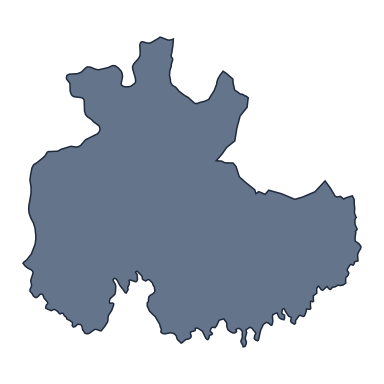 Maseru (Maseru District), Maseru, Lesotho (Equal Earth projection)
{"feature_id": "5366337B82586937750220", "entity_name": "Maseru (Maseru District)", "entity_type": "district", "adm_level": 2, "iso_a3": "LSO", "parent_name": "Lesotho", "parent_adm1": "Maseru", "projection": "equal_earth", "projection_center": [27.512, -29.345], "detail": "fine", "context": "isolated", "style": "filled", "palette": "slate", "viewbox_px": 384, "rotation_deg": 0, "n_neighbors": 0, "source": "geoboundaries", "source_scale": "gbopen_adm2", "svg_char_len": 5902}
<svg xmlns="http://www.w3.org/2000/svg" viewBox="0 0 384 384"><path d="M310.4,305.7L310.5,301.7L311.0,301.2L312.7,301.8L313.5,301.3L313.3,295.8L316.8,293.2L316.7,288.5L317.9,286.5L318.6,286.2L321.2,289.7L322.8,290.3L326.9,286.5L329.3,289.1L330.1,289.5L330.6,289.4L332.7,287.1L334.7,287.0L338.2,285.1L340.0,285.6L343.3,284.9L345.8,283.0L345.6,280.1L345.9,277.4L347.4,276.2L348.1,275.1L348.8,273.0L347.4,270.5L347.3,269.2L350.0,265.0L350.7,264.4L353.2,265.2L354.0,264.0L354.8,261.7L358.0,260.9L357.6,254.6L358.6,252.0L360.5,248.8L361.0,246.7L359.2,243.9L355.5,241.3L355.0,240.2L355.2,236.4L355.8,232.7L355.4,231.7L357.2,229.3L355.2,224.8L354.9,222.5L355.0,219.6L355.9,217.5L356.2,217.4L354.4,213.1L354.7,208.1L354.2,203.6L354.2,199.5L352.3,195.8L345.3,198.0L343.8,199.1L340.5,196.4L336.8,197.0L335.0,196.0L330.6,188.5L325.1,180.9L314.9,191.8L302.2,197.2L294.8,199.3L281.4,193.7L268.7,190.2L265.1,194.3L258.7,191.6L255.9,193.7L254.8,189.8L245.5,182.4L239.3,176.8L236.1,166.7L233.1,163.0L224.8,162.8L221.6,161.1L216.2,160.7L221.7,154.5L226.8,147.3L234.8,140.9L236.9,128.1L240.1,116.0L247.1,107.3L248.2,97.7L245.7,95.9L245.2,96.0L242.1,94.1L240.8,94.3L239.9,93.8L237.1,91.6L235.0,90.3L234.3,89.0L234.0,86.6L233.2,83.8L232.9,79.1L231.8,78.1L226.7,73.7L223.1,71.2L220.1,75.1L218.1,78.4L217.0,81.5L216.6,84.3L214.1,90.8L209.3,98.3L208.8,99.4L204.9,101.2L199.7,102.5L197.3,103.5L195.6,103.5L194.4,103.1L188.0,97.3L184.8,95.6L179.1,91.3L176.2,87.8L175.2,86.9L172.5,85.5L171.5,84.0L170.5,81.9L170.4,79.5L169.4,74.9L169.8,73.2L169.6,72.7L170.0,70.0L171.2,66.7L171.4,64.0L172.7,59.9L172.5,58.5L171.2,56.5L171.2,54.8L171.8,52.8L172.9,45.4L173.4,39.0L171.0,39.9L168.1,40.1L160.6,37.2L159.8,37.2L158.7,38.2L150.8,42.8L149.2,43.1L147.2,43.0L142.4,41.7L141.2,42.0L140.3,43.2L139.8,44.9L140.1,51.3L140.1,54.7L139.8,56.1L138.6,58.4L133.8,63.8L132.5,66.7L132.7,69.0L135.4,78.4L135.6,81.5L135.4,82.4L134.6,83.4L130.9,86.2L129.1,86.7L126.8,86.7L125.8,87.0L122.9,86.2L121.3,84.7L121.2,83.5L122.6,76.3L121.9,72.7L121.1,71.1L118.5,68.1L115.1,65.7L112.6,65.6L107.7,67.7L98.5,69.8L95.6,69.3L90.4,67.1L87.3,66.9L85.8,67.8L81.6,71.9L80.7,72.4L77.4,73.7L69.2,74.2L67.3,75.1L66.9,75.6L66.4,77.5L66.5,78.4L66.7,79.3L69.7,83.0L70.0,84.2L70.1,90.9L71.3,94.5L72.4,95.8L73.9,96.7L81.0,97.6L82.4,98.1L83.7,99.1L84.2,100.9L84.5,111.0L85.6,114.6L87.5,116.9L91.1,119.2L93.8,122.0L99.1,125.9L99.9,128.2L99.9,130.2L99.0,132.2L97.3,133.9L86.4,139.3L85.2,140.1L80.6,145.5L78.5,146.6L76.5,147.1L70.9,146.3L61.3,149.2L57.7,151.2L48.2,151.6L47.1,152.4L44.9,156.1L37.5,162.3L33.6,164.8L32.0,167.8L30.7,174.3L29.9,180.1L31.0,186.7L31.1,190.6L30.9,194.3L28.9,205.4L28.7,209.6L29.1,213.2L29.8,215.3L31.1,218.7L33.5,223.1L35.0,228.2L35.8,235.5L35.8,239.1L35.1,244.2L31.4,253.9L26.8,259.8L23.9,262.1L23.0,263.2L24.9,265.8L27.5,267.9L31.2,269.8L32.3,270.8L33.1,272.4L32.5,274.9L30.8,280.0L30.7,281.3L31.4,283.9L31.5,286.2L30.1,289.2L30.0,291.2L32.2,293.8L33.4,296.0L34.5,297.0L35.7,297.5L36.5,297.6L38.4,296.2L40.1,294.2L42.1,294.1L42.8,294.7L44.2,298.3L47.6,302.2L47.7,303.7L46.5,304.8L45.7,306.8L45.7,307.9L46.1,308.5L51.3,310.7L53.8,309.4L55.3,309.8L57.7,311.5L59.3,313.6L60.2,313.9L62.0,313.1L63.2,313.5L64.4,315.8L66.2,317.2L67.0,319.2L69.6,320.4L72.3,322.4L72.5,323.1L72.2,325.6L73.3,327.0L74.9,326.7L76.1,325.8L76.9,324.7L77.8,324.3L80.2,324.5L81.3,325.2L81.8,326.0L82.7,330.1L83.6,330.8L84.6,332.9L85.9,333.6L87.4,333.8L88.9,333.5L94.8,329.4L96.3,329.4L100.6,330.9L101.2,330.8L104.8,326.4L107.5,322.1L107.9,320.7L108.1,317.1L108.5,315.3L111.7,310.5L113.7,304.8L113.6,303.5L112.3,303.0L109.9,303.3L109.4,301.7L109.9,298.9L114.9,294.3L115.5,291.2L115.8,286.2L115.3,284.2L113.3,280.9L113.1,280.0L113.3,279.6L113.9,278.7L114.7,278.3L116.2,279.1L118.0,281.6L118.7,283.4L120.4,286.2L122.8,289.1L125.2,292.7L126.1,293.1L128.1,289.7L127.7,287.5L129.3,284.1L129.4,282.4L129.1,281.0L129.3,280.2L130.7,280.1L135.7,281.8L136.1,281.7L136.9,280.9L137.5,279.2L137.1,274.4L135.6,272.4L135.9,271.7L136.8,271.2L137.4,271.4L141.9,276.0L142.5,279.1L142.9,279.6L145.7,281.0L147.8,279.6L149.2,279.7L152.3,282.8L153.2,285.3L154.3,287.0L154.9,291.3L154.3,292.4L152.7,293.9L150.2,295.3L148.9,296.7L148.5,298.9L148.4,301.4L148.0,302.2L147.2,302.9L147.2,306.0L149.5,311.1L155.3,316.8L159.6,324.1L160.4,327.2L161.4,329.5L160.8,331.8L161.4,332.7L162.4,333.4L164.6,333.9L170.4,332.8L172.4,333.1L174.7,334.1L176.2,335.8L177.0,338.6L177.7,339.8L181.1,343.1L182.0,342.8L185.8,339.5L188.7,339.0L190.4,337.9L191.1,336.9L191.2,335.8L190.5,333.9L190.5,332.0L195.0,330.7L195.4,329.5L195.2,328.3L196.4,328.1L198.1,328.4L201.9,330.8L202.8,332.0L205.8,338.2L207.1,339.5L207.7,339.6L208.3,339.2L209.0,337.9L209.3,335.8L209.6,335.3L211.9,334.6L212.4,333.9L211.8,332.6L210.4,331.5L210.3,330.5L211.1,328.3L212.2,327.4L213.3,327.3L215.0,327.7L216.5,325.9L219.2,320.2L223.8,318.9L224.2,319.1L224.6,320.2L226.6,322.6L226.9,326.9L227.9,329.7L230.1,331.6L233.0,333.0L234.7,333.0L236.5,331.8L236.6,331.3L235.8,329.6L237.8,328.4L239.6,328.6L241.7,330.5L242.4,332.0L242.1,334.8L242.4,336.3L242.0,338.3L240.9,341.0L241.1,342.3L242.4,344.6L243.1,346.8L243.9,346.8L245.1,346.3L246.2,343.9L246.4,341.5L245.7,340.1L245.2,338.1L246.7,332.7L246.0,330.2L246.3,329.6L249.4,327.6L249.9,327.3L251.8,328.1L255.2,332.3L255.8,333.2L254.6,336.2L254.2,338.4L255.4,339.9L257.5,340.8L258.3,340.2L258.7,339.0L260.5,330.7L263.3,324.5L265.8,322.7L266.7,322.5L268.5,323.1L271.1,325.3L271.9,325.1L272.6,322.9L272.8,320.7L272.4,316.3L273.1,314.5L276.5,313.0L277.2,313.1L278.6,316.6L279.4,317.8L281.1,319.0L283.9,319.8L284.5,318.6L284.6,315.2L282.4,313.9L281.8,312.8L282.4,309.7L283.1,308.8L283.9,308.6L284.4,308.9L285.6,311.7L288.6,316.1L291.1,317.3L291.3,318.2L290.6,320.8L290.9,321.7L291.8,322.7L294.2,324.2L295.4,323.5L295.6,322.6L295.5,320.7L299.1,315.7L300.1,315.3L303.1,316.5L304.4,316.0L306.1,311.8L306.5,309.0L309.4,309.4L310.2,309.2L310.8,308.2L310.4,305.7Z" fill="#64748b" stroke="#1e293b" stroke-width="1.5"/></svg>